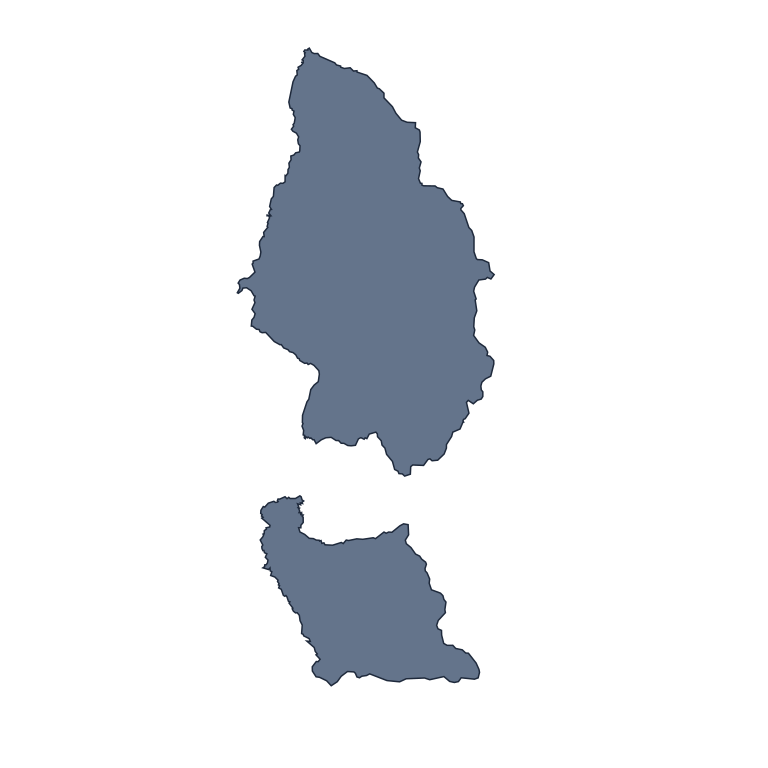 outline of Luwu, Sulawesi Selatan, Indonesia, rotated 195°
{"feature_id": "22746128B94521952332625", "entity_name": "Luwu", "entity_type": "district", "adm_level": 2, "iso_a3": "IDN", "parent_name": "Indonesia", "parent_adm1": "Sulawesi Selatan", "projection": "orthographic", "projection_center": [120.247, -3.167], "detail": "fine", "context": "isolated", "style": "filled", "palette": "slate", "viewbox_px": 768, "rotation_deg": 195, "n_neighbors": 0, "source": "geoboundaries", "source_scale": "gbopen_adm2", "svg_char_len": 6142}
<svg xmlns="http://www.w3.org/2000/svg" viewBox="0 0 768 768"><g transform="rotate(195 384 384)"><path d="M353.5,576.8L354.9,578.4L356.7,578.2L357.4,579.6L366.1,578.9L371.1,581.6L377.5,587.6L383.4,587.4L385.9,588.5L397.0,585.7L398.8,585.9L399.3,587.6L400.8,587.4L403.8,591.3L404.2,599.3L405.8,601.8L405.7,608.1L409.3,611.2L409.9,614.5L411.8,616.7L411.7,627.5L414.4,636.7L415.6,638.5L420.1,639.6L421.2,644.6L429.4,642.8L435.3,643.4L442.6,648.6L447.6,654.0L458.1,660.4L459.3,664.9L465.0,668.0L467.0,668.1L471.3,672.3L480.3,677.7L490.7,678.3L491.2,679.6L494.5,678.4L498.5,680.7L504.0,678.5L507.8,678.8L508.2,679.9L512.5,679.9L514.7,681.5L530.7,683.9L533.5,686.1L537.0,685.1L539.5,685.5L543.1,689.1L544.3,687.8L544.0,686.9L547.0,686.1L547.5,684.4L545.8,683.5L546.3,682.7L545.2,680.1L547.0,675.9L545.7,675.5L545.3,673.4L547.4,673.5L545.3,673.2L546.4,670.4L549.0,667.7L547.9,665.9L549.3,664.2L547.8,660.1L549.1,658.4L550.1,652.4L548.9,631.7L546.1,626.3L544.2,626.2L543.6,624.8L541.6,624.3L541.4,621.0L538.7,618.3L538.2,612.6L539.0,611.0L538.0,609.6L539.4,606.1L537.5,604.6L533.5,603.6L530.4,600.6L530.5,597.5L528.9,593.9L526.8,592.4L525.7,587.3L525.9,586.1L529.1,584.5L530.4,581.8L533.0,580.1L531.8,576.5L533.0,572.7L531.5,568.8L532.2,566.3L531.4,562.7L532.6,559.8L533.5,559.9L531.9,553.7L533.5,551.7L536.0,551.2L538.1,548.4L539.3,548.4L541.0,545.3L539.4,536.6L540.8,533.6L540.4,525.8L537.9,523.5L538.9,523.1L539.6,519.3L537.0,517.4L540.7,516.9L540.5,516.2L536.5,517.3L538.4,516.0L537.6,514.9L538.4,509.7L537.6,509.3L537.7,506.0L536.8,505.3L539.5,499.3L537.9,495.4L539.1,495.1L541.0,489.4L540.2,485.7L537.1,479.6L536.7,475.6L537.1,472.4L542.3,468.8L541.7,466.7L542.4,465.7L537.6,458.7L541.6,452.0L543.3,450.5L546.4,450.0L550.0,447.1L551.0,443.7L549.4,442.7L548.0,439.2L549.3,434.2L548.2,433.9L545.4,437.5L545.1,440.1L541.7,441.4L536.5,439.7L532.4,435.6L531.2,435.5L531.3,431.5L529.7,429.2L530.9,422.0L526.7,418.6L526.8,414.7L528.2,411.6L527.2,405.6L525.7,405.8L521.4,403.9L518.7,404.3L517.3,402.4L515.0,402.0L511.6,403.2L501.0,396.6L494.6,395.0L493.4,395.5L490.3,392.9L485.6,392.3L483.6,390.8L479.9,390.8L476.7,389.3L474.2,386.6L472.5,386.5L471.4,384.9L466.0,383.4L463.8,384.3L462.3,383.2L460.2,384.9L456.5,383.9L450.4,380.0L449.0,376.8L448.1,369.2L451.2,364.9L453.3,359.7L452.7,349.9L453.8,346.8L454.6,332.7L452.9,325.7L452.0,324.9L452.3,322.1L449.6,318.4L448.9,313.9L447.4,313.8L447.1,311.4L445.9,310.8L445.7,312.8L444.2,312.1L443.6,313.1L441.5,312.3L440.7,313.0L438.3,311.7L437.1,312.1L434.1,308.8L430.1,313.9L426.3,317.0L421.2,318.8L415.7,317.0L413.2,317.6L410.1,315.7L407.3,316.3L403.1,315.2L399.7,315.8L395.7,317.4L394.5,324.4L392.4,326.2L388.9,325.5L388.3,327.1L386.4,326.8L385.3,331.8L379.4,335.4L377.6,334.2L376.6,331.4L372.0,328.5L370.1,324.5L366.5,322.3L363.3,316.7L355.8,311.4L351.6,304.2L347.9,303.4L346.4,301.3L343.0,301.9L340.2,300.4L335.2,303.7L336.8,311.1L335.3,313.2L324.7,315.6L322.0,322.5L320.3,323.6L317.7,322.3L312.4,324.3L307.8,331.9L307.1,338.2L308.0,341.6L305.1,350.8L305.1,355.3L298.9,360.2L297.9,367.4L297.2,367.8L298.2,368.8L298.0,370.4L296.6,371.5L294.4,377.8L299.6,387.6L298.4,390.0L292.6,388.0L289.6,392.5L286.2,394.6L285.3,397.5L286.5,402.0L288.5,403.5L289.9,407.1L289.9,411.0L287.3,415.3L282.9,419.2L283.1,431.8L284.1,435.1L288.8,438.2L291.9,438.2L292.1,441.6L295.7,445.7L302.9,448.3L310.0,454.1L310.3,459.7L312.1,462.5L313.9,471.3L313.3,478.7L317.7,488.8L317.0,490.0L321.4,496.8L321.6,501.0L319.3,509.0L313.1,511.6L311.8,513.7L307.9,513.1L305.9,518.2L310.8,520.6L314.3,528.3L321.2,529.4L325.9,528.4L327.2,528.9L331.3,535.0L335.1,549.3L339.0,555.0L342.5,557.1L350.6,569.3L354.8,572.1L355.2,573.5L353.5,576.8ZM434.8,253.6L436.3,254.2L439.9,250.5L445.1,249.1L446.7,249.9L448.0,248.1L450.4,249.5L455.0,245.8L456.6,245.5L456.8,243.8L455.8,243.0L456.7,242.1L458.3,241.5L460.0,242.2L464.9,239.0L467.3,234.3L468.9,234.4L470.2,230.2L469.6,227.1L467.9,226.3L468.2,224.8L466.3,224.0L467.4,222.8L457.5,218.0L457.4,216.3L460.7,214.6L460.0,213.4L461.7,211.4L461.0,208.5L462.0,207.7L461.2,207.2L461.5,205.0L463.2,201.3L459.4,197.1L460.0,195.3L459.2,193.3L457.8,191.7L456.9,192.1L455.8,190.1L453.2,189.7L453.8,185.9L450.5,183.9L450.3,180.9L451.0,179.0L452.4,178.4L452.0,176.7L453.4,175.1L447.5,174.9L446.5,176.8L445.6,174.1L443.8,173.6L443.9,169.7L439.5,169.3L435.6,167.1L435.7,165.6L433.8,164.1L434.0,162.6L432.7,162.2L433.0,159.8L430.1,159.1L426.5,153.8L424.9,153.3L424.0,154.3L422.6,153.2L420.1,149.4L418.5,149.2L419.0,147.8L414.0,143.9L414.5,143.1L412.7,141.1L410.2,140.0L408.6,140.6L405.9,138.6L403.8,133.6L400.6,130.0L399.0,121.6L397.3,121.3L396.3,119.9L390.4,118.7L388.6,116.3L392.0,115.7L383.2,111.4L381.2,107.9L378.6,106.0L379.6,104.8L374.5,101.6L375.7,98.8L377.6,98.4L380.1,92.3L378.9,88.2L373.8,83.6L370.4,84.0L362.6,82.5L356.9,78.9L352.1,84.3L349.7,90.6L344.9,96.8L338.6,98.1L336.8,97.2L334.3,94.0L331.6,93.9L329.8,96.0L325.4,97.9L322.8,100.3L304.4,98.3L293.4,100.1L291.8,100.4L286.3,105.0L268.8,110.5L263.3,110.2L250.4,116.9L243.6,113.7L238.8,113.9L235.1,115.8L233.4,120.2L220.2,122.3L217.0,124.5L217.1,130.2L218.4,132.9L222.8,138.3L232.8,145.8L235.5,145.3L239.6,147.5L246.3,147.1L249.9,149.4L255.4,147.9L259.2,148.9L263.3,156.3L264.7,160.9L268.5,161.5L270.7,164.5L270.4,169.7L265.5,179.0L266.8,181.8L267.7,189.4L270.4,191.4L272.3,194.8L275.3,196.6L284.9,197.5L288.8,203.3L289.4,207.4L293.5,212.7L295.7,214.1L296.6,216.3L296.4,220.9L297.7,222.7L302.3,224.6L305.0,227.0L309.5,227.9L315.6,233.0L321.1,235.5L323.0,238.7L321.2,244.7L324.3,254.4L328.9,254.0L331.9,251.2L338.0,242.8L341.2,242.2L343.3,240.4L345.7,241.0L352.2,232.4L354.6,232.7L364.3,228.5L370.2,227.4L377.6,223.7L380.1,223.5L382.1,219.3L384.2,219.9L391.9,215.0L399.4,213.4L400.9,215.0L402.8,214.0L404.3,216.5L405.6,215.6L406.1,216.3L409.0,215.7L412.2,216.4L416.3,215.6L421.7,218.2L426.9,219.3L429.3,223.1L427.1,223.6L427.7,226.1L426.2,229.3L427.6,234.4L428.6,234.8L428.2,236.5L429.3,236.1L430.2,238.2L430.8,236.8L431.5,238.2L432.8,237.8L432.5,239.4L434.0,241.4L433.5,242.2L435.1,242.3L434.6,243.3L436.5,245.9L433.2,245.7L434.0,247.5L431.8,247.5L432.6,248.5L431.3,250.2L433.1,250.8L434.8,253.6Z" fill="#64748b" stroke="#1e293b" stroke-width="1.5"/></g></svg>